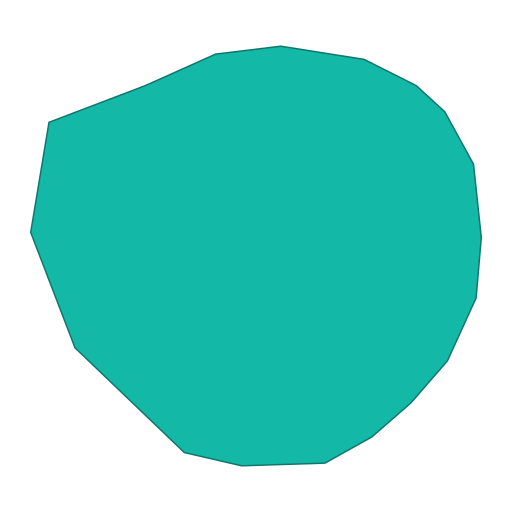 the district of Ingbokolo, Orientale, Democratic Republic of the Congo
{"feature_id": "63176286B90733061522477", "entity_name": "Ingbokolo", "entity_type": "district", "adm_level": 2, "iso_a3": "COD", "parent_name": "Democratic Republic of the Congo", "parent_adm1": "Orientale", "projection": "mercator", "projection_center": [30.772, 3.399], "detail": "fine", "context": "isolated", "style": "filled", "palette": "teal", "viewbox_px": 512, "rotation_deg": 0, "n_neighbors": 0, "source": "geoboundaries", "source_scale": "gbopen_adm2", "svg_char_len": 351}
<svg xmlns="http://www.w3.org/2000/svg" viewBox="0 0 512 512"><path d="M30.7,232.4L75.0,347.8L184.4,452.6L241.7,465.8L325.0,463.1L371.9,436.9L411.0,402.8L447.4,360.9L476.1,298.0L481.3,237.6L473.5,164.2L444.8,111.8L416.2,85.6L364.1,59.4L280.7,46.2L215.6,54.1L145.3,85.6L49.0,122.3L30.7,232.4Z" fill="#14b8a6" stroke="#0f766e" stroke-width="1.5"/></svg>